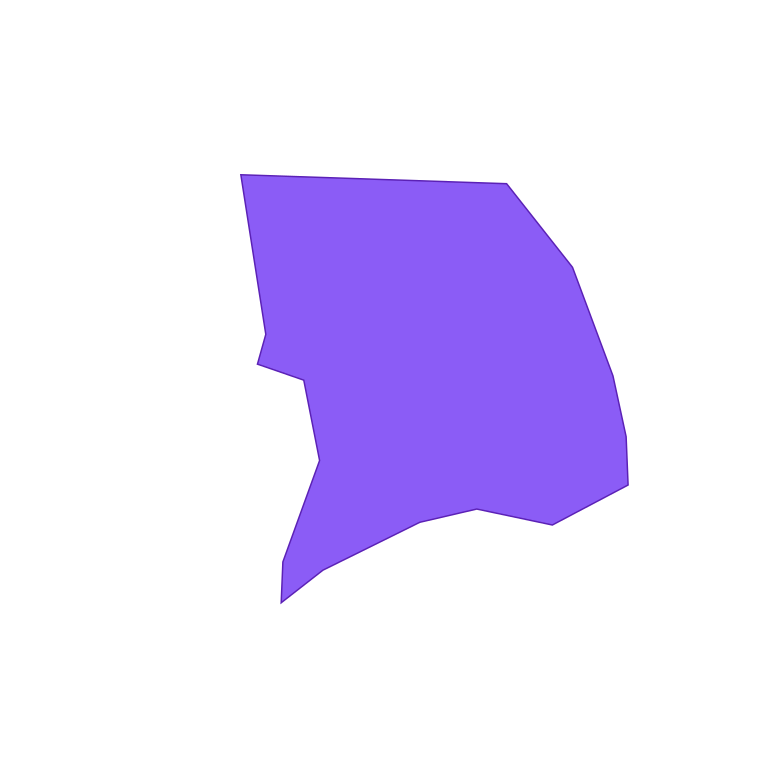 Dobrovnik, Equal Earth projection, rotated 133°
{"feature_id": "SVN-271", "entity_name": "Dobrovnik", "entity_type": "Municipality", "adm_level": 1, "iso_a3": "SVN", "parent_name": "Slovenia", "parent_adm1": "", "projection": "equal_earth", "projection_center": [16.364, 46.652], "detail": "fine", "context": "isolated", "style": "filled", "palette": "violet", "viewbox_px": 768, "rotation_deg": 133, "n_neighbors": 0, "source": "natural_earth", "source_scale": "10m", "svg_char_len": 411}
<svg xmlns="http://www.w3.org/2000/svg" viewBox="0 0 768 768"><g transform="rotate(133 384 384)"><path d="M614.1,310.0L583.1,336.6L483.9,378.9L435.9,445.3L455.8,490.1L454.2,490.9L428.3,504.3L328.6,631.4L153.9,430.9L170.1,325.7L221.9,222.1L257.4,171.0L291.4,136.6L348.6,156.5L372.3,164.7L412.2,230.9L460.7,263.5L561.8,301.7L610.3,309.4L614.1,310.0Z" fill="#8b5cf6" stroke="#5b21b6" stroke-width="1.5"/></g></svg>